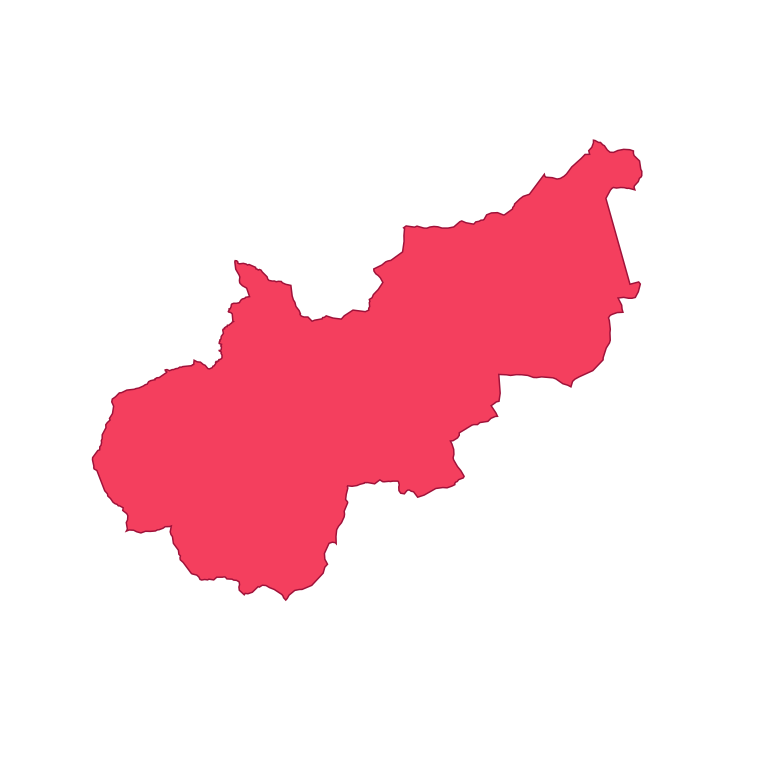 Sekyere South, Ashanti, Ghana (Robinson projection), rotated 76°
{"feature_id": "2480657B66267254954762", "entity_name": "Sekyere South", "entity_type": "district", "adm_level": 2, "iso_a3": "GHA", "parent_name": "Ghana", "parent_adm1": "Ashanti", "projection": "robinson", "projection_center": [-1.514, 6.995], "detail": "fine", "context": "isolated", "style": "filled", "palette": "rose", "viewbox_px": 768, "rotation_deg": 76, "n_neighbors": 0, "source": "geoboundaries", "source_scale": "gbopen_adm2", "svg_char_len": 6154}
<svg xmlns="http://www.w3.org/2000/svg" viewBox="0 0 768 768"><g transform="rotate(76 384 384)"><path d="M359.2,664.4L365.1,669.7L368.9,670.7L370.6,672.0L372.5,672.2L375.1,673.5L376.1,674.9L379.1,675.8L379.3,677.8L384.9,684.5L387.0,685.2L393.5,685.4L395.3,685.9L396.3,685.8L398.5,683.5L420.1,680.8L423.7,678.9L425.9,679.1L428.9,677.1L433.2,675.5L435.1,673.9L436.3,672.0L437.9,671.3L438.3,670.0L441.0,667.0L443.5,668.1L447.5,665.0L449.8,664.4L453.8,665.7L456.1,667.6L462.7,668.1L464.4,669.6L464.0,666.6L465.3,662.3L467.5,659.8L469.7,655.9L469.2,651.0L470.5,646.4L471.3,641.3L470.7,639.0L471.0,637.7L470.5,633.3L469.5,630.9L470.5,626.4L470.3,624.7L475.7,627.2L478.6,627.1L480.9,626.2L487.7,626.9L495.5,623.7L499.6,624.2L501.6,623.1L503.3,624.0L505.3,624.2L508.6,622.0L520.9,616.9L521.8,616.2L524.1,611.9L526.6,610.3L529.1,609.8L530.1,608.3L530.3,605.3L531.4,602.5L531.0,601.1L532.9,596.6L531.0,593.0L532.4,587.4L532.4,585.8L533.1,584.6L535.1,583.6L536.6,578.7L537.9,577.3L538.9,574.5L541.0,572.4L543.8,572.7L545.9,573.9L549.1,574.3L554.7,570.6L553.6,569.4L554.6,566.8L554.2,562.1L550.2,555.2L550.9,554.0L549.8,550.7L551.0,547.2L553.8,544.4L556.8,540.2L563.3,534.2L564.8,533.4L567.1,533.1L569.9,531.6L568.7,529.8L565.9,527.2L562.7,520.5L562.9,516.0L563.5,513.1L561.9,502.8L552.8,488.8L547.5,485.8L545.2,482.4L539.7,483.8L534.0,482.8L525.3,475.9L525.0,472.4L526.2,469.6L527.3,469.0L520.4,467.5L514.0,465.2L511.1,462.6L508.3,458.8L503.3,454.8L500.8,453.8L497.8,453.4L490.5,448.0L489.5,447.9L486.8,449.2L481.9,447.3L476.3,444.3L474.4,444.3L474.0,443.9L475.5,439.8L476.0,434.7L475.5,431.7L475.5,427.2L475.0,426.8L475.8,423.4L478.6,417.2L476.0,411.2L478.4,409.0L478.9,407.6L479.6,402.8L480.2,401.4L480.4,398.9L481.6,394.1L482.5,393.6L485.5,393.6L487.5,394.6L491.1,395.3L494.0,394.2L495.5,390.8L493.1,387.7L492.7,386.4L493.1,384.9L494.6,383.6L495.7,381.4L502.0,378.7L501.5,371.9L497.9,359.0L498.7,351.9L500.0,347.9L499.5,342.8L498.8,339.6L497.7,339.5L496.6,338.3L496.3,336.5L494.9,334.8L494.3,329.8L493.0,328.6L486.7,330.4L481.8,332.7L474.5,334.8L472.3,334.8L469.2,333.2L464.3,332.2L458.6,332.6L455.4,333.4L455.7,330.7L454.1,325.7L452.0,323.4L449.6,322.8L445.2,308.7L445.1,306.7L446.0,303.1L444.6,300.3L445.4,292.2L443.2,288.6L442.4,283.8L442.8,281.7L439.2,282.4L431.0,285.3L428.5,279.2L428.6,276.6L421.0,273.5L402.5,270.3L404.7,262.9L406.3,259.1L406.9,253.5L408.3,248.2L410.5,242.3L413.8,237.4L414.7,234.3L415.2,229.4L418.9,218.5L420.8,215.8L427.0,210.4L429.6,206.0L432.0,203.3L427.1,200.4L425.5,197.6L424.3,193.1L421.5,178.1L413.6,165.6L411.5,165.0L402.9,159.7L398.7,155.3L396.3,153.9L389.0,152.4L385.7,151.2L376.8,150.0L374.1,150.2L372.1,148.0L371.6,145.6L371.1,140.5L372.2,134.8L369.0,134.9L365.0,134.3L357.2,136.1L357.9,130.5L359.9,126.1L360.8,122.7L360.8,119.2L356.0,114.9L349.0,111.1L346.6,112.2L346.7,121.2L257.6,123.8L250.6,117.4L249.3,115.5L248.8,113.9L250.1,111.0L250.6,106.8L251.6,103.4L253.0,100.8L253.3,99.1L256.3,93.6L253.7,93.8L252.3,93.1L249.1,88.3L246.2,86.4L245.3,84.4L244.2,83.5L240.0,82.4L237.8,82.9L229.4,82.1L222.9,86.1L220.5,86.2L218.2,85.6L216.1,88.9L214.3,94.7L214.0,100.6L214.8,105.2L213.8,108.6L211.0,110.7L206.1,112.5L204.8,113.9L202.0,115.5L201.5,117.4L198.8,120.3L198.1,121.8L200.6,122.4L204.6,125.1L207.1,128.9L210.9,128.9L209.9,133.4L212.8,138.0L218.8,149.3L224.4,156.1L226.0,159.1L227.2,163.2L227.0,166.5L224.5,170.8L222.5,176.9L221.2,177.7L219.3,177.7L235.1,197.0L235.6,203.5L237.2,207.3L240.9,213.7L242.5,214.5L243.8,216.3L245.3,217.0L249.0,226.2L248.9,227.2L245.2,232.4L244.0,238.4L244.7,243.5L248.5,247.1L248.9,248.2L248.5,250.3L249.1,252.3L248.9,255.7L250.6,258.3L247.4,265.4L244.6,269.1L244.9,271.2L248.5,278.3L248.2,284.3L246.8,289.9L244.5,293.7L243.2,297.5L242.8,301.5L243.2,304.6L242.4,307.5L238.8,313.8L239.2,316.4L236.0,324.3L237.2,327.2L238.2,326.5L244.7,328.7L250.4,330.0L260.3,334.0L265.7,347.4L265.6,350.6L265.9,352.8L268.0,357.2L269.9,366.1L272.0,366.4L275.1,365.3L277.3,363.4L280.0,361.9L285.2,360.5L290.9,366.7L294.6,372.6L297.4,374.7L298.4,377.8L300.4,377.7L301.5,378.6L305.5,379.2L306.8,380.5L308.6,380.9L309.3,384.6L304.8,396.2L308.2,406.1L310.7,409.7L307.7,417.5L303.9,423.6L304.9,425.7L304.7,427.5L305.8,428.3L305.3,435.9L305.7,438.6L300.6,441.6L299.6,445.5L298.1,447.8L296.4,448.6L295.8,448.6L295.6,448.1L292.2,448.6L287.4,450.7L283.2,450.7L280.4,451.6L276.3,451.8L265.8,450.5L263.5,455.2L261.1,458.2L259.7,458.8L258.8,461.6L258.7,463.9L257.6,465.3L257.1,467.5L255.6,470.6L254.1,471.4L251.7,471.5L245.9,475.0L243.7,475.8L242.7,477.3L243.0,478.4L241.6,479.6L241.3,480.4L239.7,480.4L235.4,486.0L235.5,487.7L234.3,488.7L232.9,491.3L232.4,495.4L231.4,496.6L230.2,496.3L228.8,497.1L228.3,498.6L229.4,499.2L236.7,500.1L243.4,498.2L245.4,498.0L248.4,499.2L250.4,499.5L251.6,499.3L254.4,497.6L257.7,494.1L266.7,493.3L266.4,497.3L267.2,498.4L267.2,500.9L268.0,502.6L270.1,504.7L270.0,507.8L269.3,510.3L269.5,512.2L270.2,513.0L271.9,513.6L273.9,515.2L273.6,516.1L275.1,516.6L275.9,517.5L276.5,517.4L277.7,515.3L279.3,514.3L286.2,515.4L287.0,514.9L287.3,516.5L288.2,517.3L288.3,518.2L289.4,520.0L289.1,521.7L290.3,522.2L290.0,522.7L290.9,525.2L291.8,525.3L291.8,526.6L292.6,527.4L296.1,527.6L298.4,530.4L300.6,531.2L301.6,532.1L301.6,532.7L303.1,533.0L303.3,533.6L304.8,534.1L306.1,532.2L306.3,532.6L307.1,532.5L307.6,533.2L308.6,532.7L311.1,533.6L312.0,534.7L311.5,535.7L311.8,535.9L313.8,534.1L314.9,534.7L316.8,534.2L319.5,534.9L320.5,536.6L320.4,538.3L321.6,538.9L321.5,540.2L322.2,540.6L322.1,541.4L321.7,541.6L322.2,542.2L323.3,542.2L325.3,544.5L325.3,545.6L326.6,546.7L327.1,549.9L326.4,551.2L322.6,553.0L321.3,554.7L318.4,556.8L317.3,559.9L315.0,562.5L319.0,563.9L319.0,565.3L319.7,566.2L318.4,575.1L318.7,576.7L318.2,577.9L319.0,580.3L318.7,582.2L319.1,584.6L318.8,586.0L319.2,588.9L317.5,591.1L317.4,592.9L318.3,593.0L319.6,591.9L320.2,592.1L323.4,600.6L323.0,602.8L323.7,605.1L324.4,605.1L324.3,609.6L324.8,611.8L326.9,613.9L326.9,615.8L327.7,617.9L328.6,622.9L328.4,625.9L328.7,627.5L327.7,635.0L328.9,640.7L328.6,643.0L331.5,647.7L332.9,651.3L335.5,652.5L340.1,651.7L347.0,654.6L351.0,658.7L352.7,658.5L354.5,661.8L356.2,663.8L359.2,664.4Z" fill="#f43f5e" stroke="#9f1239" stroke-width="1.5"/></g></svg>